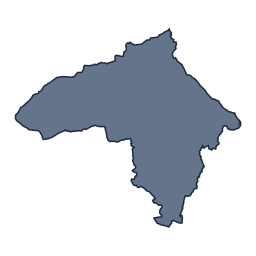 the district of Negrilesti, Vrancea, Romania
{"feature_id": "2599482B89880546204956", "entity_name": "Negrilesti", "entity_type": "district", "adm_level": 2, "iso_a3": "ROU", "parent_name": "Romania", "parent_adm1": "Vrancea", "projection": "albers", "projection_center": [26.707, 45.947], "detail": "fine", "context": "isolated", "style": "filled", "palette": "slate", "viewbox_px": 256, "rotation_deg": 0, "n_neighbors": 0, "source": "geoboundaries", "source_scale": "gbopen_adm2", "svg_char_len": 5865}
<svg xmlns="http://www.w3.org/2000/svg" viewBox="0 0 256 256"><path d="M168.8,227.0L171.6,222.9L171.8,222.0L171.7,220.8L172.0,220.6L173.1,220.7L173.5,220.5L178.7,222.8L181.3,223.1L182.1,222.9L182.0,222.1L182.2,221.1L182.1,219.8L182.5,217.9L182.1,216.8L182.1,215.9L181.7,215.3L181.1,215.2L180.5,216.5L180.1,216.3L179.8,215.5L182.0,210.3L182.8,208.1L182.3,208.0L183.9,202.0L183.6,201.4L185.2,195.8L187.7,196.3L190.0,195.8L190.9,194.6L191.5,193.1L193.2,191.5L193.7,189.4L195.1,188.6L196.8,188.4L197.1,185.9L196.4,185.2L196.3,184.8L196.7,184.0L196.7,182.5L197.6,181.8L197.8,181.2L197.2,178.8L197.4,178.4L197.8,178.2L198.1,177.6L198.0,177.1L199.1,177.1L199.5,176.9L199.3,175.5L200.1,174.1L200.1,173.4L200.4,172.8L201.8,172.1L201.9,171.6L201.4,171.2L201.9,170.6L202.2,170.0L202.1,168.8L203.4,167.8L203.2,167.2L203.2,166.9L203.9,166.9L204.1,166.6L204.0,166.0L203.4,165.1L203.0,163.9L202.5,163.0L202.4,161.9L201.4,159.8L201.5,159.4L200.5,158.5L201.1,156.9L201.0,156.4L199.9,155.2L199.8,154.8L199.5,154.2L199.7,153.8L199.8,152.7L199.5,152.2L199.5,151.2L200.8,150.0L200.6,149.3L200.7,148.9L201.6,148.3L201.5,147.8L202.0,147.4L202.6,145.7L203.3,146.6L203.2,147.4L203.3,147.4L203.3,147.6L203.7,147.7L204.0,148.1L204.5,147.9L205.2,147.0L208.3,145.6L208.9,148.7L209.5,149.0L211.7,150.0L212.1,149.4L212.3,148.5L213.2,148.4L215.6,149.0L215.9,148.5L215.8,147.9L216.1,147.2L216.1,146.5L216.2,146.1L217.1,145.3L218.5,144.5L219.0,143.6L218.8,142.6L217.5,141.1L218.2,139.3L218.2,139.0L217.9,138.3L217.9,137.8L218.7,136.0L219.3,135.5L219.4,135.0L220.1,134.5L220.3,133.9L220.8,133.7L221.1,132.9L222.4,131.4L222.5,129.1L222.7,128.1L223.2,126.8L223.8,125.8L224.1,125.6L225.1,126.2L226.9,126.2L227.2,127.0L227.6,128.6L228.8,128.8L228.9,129.2L229.1,129.4L232.0,130.0L234.0,129.8L238.4,128.2L239.0,127.6L239.2,126.6L239.9,126.4L240.4,125.8L240.6,125.2L240.5,124.9L240.6,124.3L240.4,123.6L239.6,123.7L239.9,123.1L240.4,122.9L239.9,122.6L239.7,122.3L240.3,121.5L240.0,121.2L239.1,120.7L239.2,120.3L236.8,117.7L236.1,116.2L235.1,114.9L234.9,113.9L235.0,113.6L234.8,113.2L233.9,112.9L232.3,112.8L230.9,112.0L229.6,112.0L228.3,111.5L227.7,110.8L224.0,108.5L222.3,107.0L221.8,105.7L221.2,105.3L221.0,104.6L219.6,103.3L219.1,101.7L218.3,100.9L215.8,99.9L214.1,99.0L212.1,98.8L211.5,98.3L211.2,97.8L209.9,96.6L206.5,92.7L205.5,90.7L200.1,85.4L199.1,83.9L197.3,81.6L194.8,78.7L194.1,78.6L192.3,77.5L191.7,76.4L190.3,75.5L189.2,75.0L186.9,74.9L186.5,74.5L184.6,69.9L181.7,64.5L181.3,64.6L180.9,63.9L177.3,61.0L177.0,60.2L176.3,59.0L175.4,57.7L174.2,58.5L173.6,58.2L172.6,55.5L172.4,53.2L174.2,50.4L175.8,49.0L176.0,48.2L175.4,47.2L175.4,46.7L176.3,45.1L176.4,43.9L176.0,42.0L173.3,41.8L173.2,41.4L173.7,40.1L173.7,39.5L172.4,39.2L172.1,38.8L172.0,38.4L171.3,37.9L171.2,37.4L170.4,36.3L170.5,35.9L171.4,35.3L170.7,34.3L171.3,33.4L171.4,32.7L169.9,31.1L169.7,30.7L169.6,29.6L169.2,29.0L168.1,30.5L165.7,31.4L161.9,34.0L159.2,35.0L158.1,36.9L154.8,37.6L150.9,37.9L148.9,40.1L146.7,40.1L141.5,44.3L137.9,44.5L136.6,44.7L136.0,45.0L134.6,45.0L133.4,44.3L131.9,43.9L130.9,42.7L130.0,42.3L129.6,42.3L129.3,42.6L129.1,43.4L128.9,43.5L127.5,42.9L126.4,44.0L125.9,44.9L125.8,46.3L126.3,47.8L126.2,49.6L126.0,50.6L125.3,51.4L123.9,52.0L123.5,55.0L123.0,56.5L119.9,56.1L118.9,55.6L115.6,55.4L115.1,56.7L115.0,57.3L115.1,59.0L115.3,60.3L113.5,61.5L108.9,62.9L106.8,63.8L106.4,63.2L104.6,63.0L102.9,63.1L101.9,62.8L101.1,62.3L100.7,62.4L99.5,63.5L98.2,63.6L96.7,64.9L95.3,64.4L94.2,64.3L93.8,64.9L91.8,65.4L90.8,65.3L89.2,65.8L84.7,65.4L83.8,66.5L83.7,68.1L83.1,70.2L82.7,70.6L82.5,71.5L81.7,72.5L78.9,72.4L77.7,72.6L76.4,73.7L74.6,76.4L71.4,77.2L63.2,76.6L56.7,77.5L50.7,82.1L47.9,83.6L47.0,84.5L45.5,85.1L44.2,86.1L43.4,87.0L42.0,89.9L41.5,90.1L41.1,90.9L40.7,91.1L38.7,91.8L38.7,92.9L38.5,93.3L37.0,93.9L35.5,94.0L33.0,95.2L31.6,97.8L31.4,98.3L30.3,99.2L29.6,100.4L27.5,102.0L22.7,106.5L20.8,107.5L18.5,111.7L18.3,112.5L15.9,114.6L15.6,115.4L15.4,118.0L16.1,119.8L17.3,121.3L20.1,123.2L23.0,125.9L27.2,128.1L28.9,129.6L34.3,130.4L38.6,130.7L40.0,132.3L41.6,134.9L42.9,138.7L43.3,139.5L47.8,138.8L51.5,137.5L53.7,136.3L58.2,133.4L63.1,131.2L64.8,130.7L64.8,130.2L65.4,130.0L66.0,129.9L66.3,130.7L67.7,131.4L68.6,131.0L69.6,131.3L70.3,131.8L71.3,131.8L72.9,131.2L73.8,131.1L74.9,131.4L76.2,131.0L78.6,130.7L79.7,130.9L81.6,130.9L82.2,130.5L83.1,129.3L84.9,129.0L86.0,129.3L90.2,127.2L91.4,126.2L92.8,126.1L95.2,125.3L98.5,126.4L101.4,126.7L102.6,126.5L105.0,126.8L105.3,129.3L106.4,133.2L106.6,135.5L107.1,137.6L107.7,139.6L109.6,141.5L112.9,141.3L115.2,141.5L116.0,141.9L118.1,142.0L120.0,140.7L121.4,140.2L124.0,140.0L125.8,138.7L126.5,139.2L129.1,138.9L130.5,138.4L131.0,140.8L131.1,141.5L131.4,141.9L131.9,143.0L131.6,143.4L130.9,143.5L131.2,144.3L131.1,145.5L132.1,146.3L134.2,147.2L133.5,148.0L132.3,148.8L132.9,153.6L132.9,156.4L133.5,157.6L133.0,159.3L132.7,160.8L132.8,161.2L133.6,162.9L133.8,164.2L134.3,164.9L134.5,165.6L135.5,165.9L135.7,166.5L135.8,167.2L135.5,167.8L134.0,169.5L132.4,170.4L132.4,170.8L132.8,171.3L134.5,172.3L136.1,172.7L136.6,173.1L136.7,173.7L136.5,175.7L136.0,176.2L135.3,176.2L135.0,176.6L134.5,179.0L134.2,179.2L133.7,179.3L132.0,179.0L131.4,179.6L131.2,180.4L131.3,181.0L133.2,184.5L134.2,185.4L134.9,185.6L136.5,185.3L137.0,186.1L137.3,187.0L137.9,187.4L139.3,187.3L140.6,186.4L141.8,186.8L144.6,188.6L146.3,190.5L149.8,192.1L150.9,193.6L152.2,195.1L152.9,195.4L153.3,195.8L155.3,198.7L155.0,199.0L154.0,199.3L153.9,199.6L153.2,199.9L152.6,200.5L152.9,201.1L153.5,201.6L153.6,202.5L153.9,202.8L154.5,203.0L154.8,202.7L155.9,202.9L156.3,203.3L157.5,203.9L158.2,204.8L158.9,205.2L159.8,205.3L160.4,204.9L160.9,205.0L162.0,205.8L162.1,206.7L161.6,207.9L160.9,208.3L160.8,208.8L160.1,209.6L159.6,212.9L160.8,214.6L161.5,214.8L161.7,216.8L157.5,217.3L153.9,218.1L157.3,223.4L160.2,224.3L161.7,225.0L165.5,225.8L168.8,227.0Z" fill="#64748b" stroke="#1e293b" stroke-width="1.5"/></svg>